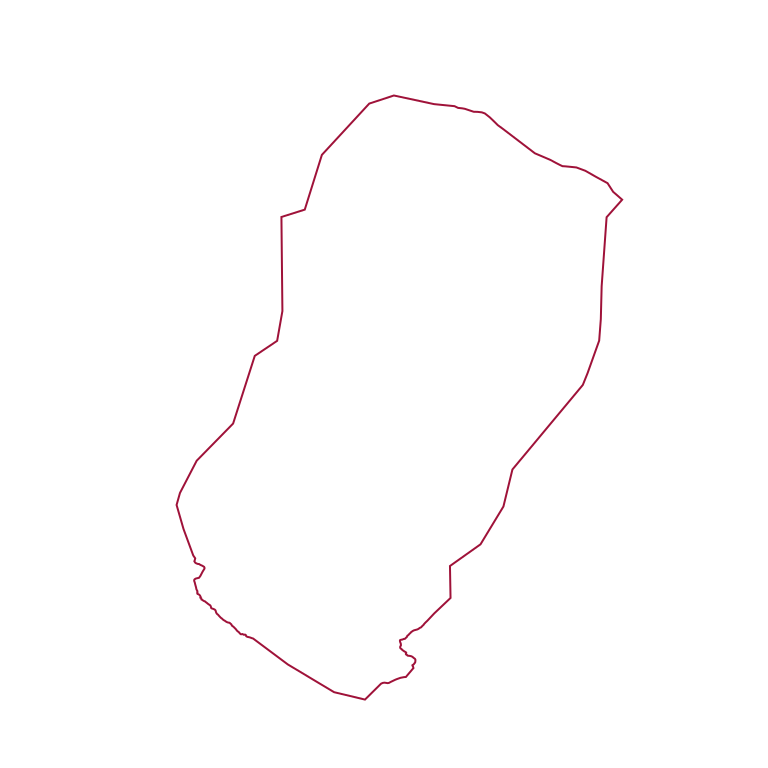 O'ndorxangai, Uvs, Mongolia, rotated 212°
{"feature_id": "93677404B26996117801254", "entity_name": "O'ndorxangai", "entity_type": "district", "adm_level": 2, "iso_a3": "MNG", "parent_name": "Mongolia", "parent_adm1": "Uvs", "projection": "robinson", "projection_center": [94.78, 49.157], "detail": "fine", "context": "isolated", "style": "outline", "palette": "rose", "viewbox_px": 768, "rotation_deg": 212, "n_neighbors": 0, "source": "geoboundaries", "source_scale": "gbopen_adm2", "svg_char_len": 3521}
<svg xmlns="http://www.w3.org/2000/svg" viewBox="0 0 768 768"><g transform="rotate(212 384 384)"><path d="M208.5,158.7L209.7,159.8L210.4,160.1L210.8,160.4L210.9,160.6L210.7,161.0L210.4,161.6L210.2,162.4L210.2,162.7L210.2,163.2L210.1,163.7L210.0,164.2L210.2,164.9L211.1,166.6L211.5,167.0L212.1,167.3L212.8,167.4L213.4,167.4L214.1,167.5L215.2,167.7L216.5,167.6L218.0,167.1L219.9,166.2L220.3,166.2L220.7,166.4L221.6,166.3L222.3,166.5L222.5,166.7L222.6,167.3L222.6,167.7L222.9,168.0L223.7,168.1L225.3,168.0L226.1,168.1L227.0,168.1L227.8,168.2L228.5,168.5L229.6,168.5L230.2,168.7L230.8,169.3L231.0,169.7L231.1,170.4L231.1,171.2L231.4,171.7L231.9,172.4L232.4,172.9L233.0,173.3L233.5,173.7L234.4,174.6L234.6,175.1L234.6,175.4L234.3,175.8L233.6,176.5L232.9,177.1L232.4,177.9L231.9,178.5L231.5,178.7L231.2,179.1L231.0,179.6L231.0,180.2L230.6,181.4L230.6,181.9L230.7,182.5L230.8,182.9L230.4,183.7L230.2,184.6L230.0,185.8L229.6,187.1L229.6,187.7L228.7,189.9L228.0,191.0L225.6,193.6L224.9,194.8L224.5,196.0L223.6,197.3L223.2,199.4L222.8,200.8L222.8,201.8L222.4,203.8L221.8,206.1L219.8,216.2L214.2,237.8L231.6,264.6L217.2,299.2L217.8,343.4L229.8,379.6L226.0,407.3L214.9,488.6L217.1,501.0L224.5,534.8L234.5,553.9L251.2,582.2L283.6,643.4L279.7,666.5L280.2,666.6L291.5,668.4L300.9,672.8L302.0,672.7L314.3,672.0L326.3,671.5L335.6,669.6L340.9,667.0L345.7,664.6L348.1,663.3L350.7,663.0L355.4,662.6L361.6,662.2L370.7,660.8L378.3,659.6L418.8,663.4L424.6,663.8L428.5,664.7L435.6,666.2L439.1,666.6L441.9,666.9L445.0,666.2L448.8,664.4L452.2,662.4L461.3,660.2L463.8,659.2L467.5,657.4L471.4,657.0L489.8,647.9L528.5,633.9L545.1,614.0L558.1,545.4L543.6,489.9L559.5,471.3L508.8,392.0L497.5,364.0L508.5,339.4L491.0,270.5L502.2,219.7L499.3,183.5L495.8,171.5L477.2,154.8L454.9,137.5L451.7,136.1L451.4,135.1L451.1,134.2L450.9,133.2L449.6,132.5L448.6,132.4L447.8,132.5L446.7,132.7L446.0,133.0L445.5,133.3L445.0,133.3L443.7,133.3L442.5,133.5L441.6,133.6L440.7,133.6L439.7,133.6L439.0,133.2L438.4,132.3L438.4,128.9L438.2,126.3L438.1,125.0L438.0,124.1L438.1,123.2L438.1,122.5L438.2,121.6L438.9,120.9L440.4,119.4L441.1,118.1L441.1,117.3L440.7,116.5L439.2,115.3L438.1,114.2L436.7,112.9L435.7,112.0L434.3,110.5L433.3,109.9L432.7,109.6L432.4,109.4L432.2,108.7L431.8,108.4L431.6,108.2L431.6,107.8L431.3,107.4L431.0,107.2L430.6,107.2L429.8,107.4L428.7,107.3L427.8,107.0L426.7,106.3L426.5,106.1L426.6,105.6L426.4,105.4L425.9,105.5L425.3,105.4L425.0,104.9L424.6,104.5L424.0,104.6L423.3,104.6L422.4,104.5L421.4,104.6L420.9,104.7L420.4,104.8L419.7,104.6L418.3,104.5L416.9,104.3L415.1,104.2L414.1,104.2L413.6,104.0L412.8,103.4L412.2,102.8L411.7,102.4L411.2,102.4L410.5,102.6L409.6,102.8L408.1,103.0L407.1,102.8L406.4,102.3L405.7,101.6L404.7,100.9L403.6,100.5L402.4,100.4L400.9,99.9L399.7,99.6L398.6,99.3L397.1,99.2L395.8,98.9L394.8,98.8L393.6,98.9L392.6,98.8L391.2,98.8L390.2,99.0L389.5,99.2L388.7,99.6L388.0,99.6L387.1,99.4L386.2,99.3L385.3,98.8L385.0,98.5L384.5,98.5L383.6,98.4L382.7,98.3L381.5,98.0L380.2,97.7L379.2,97.4L378.3,97.0L377.8,96.9L377.0,96.7L375.9,96.7L375.0,96.4L373.9,96.1L373.1,95.9L372.6,96.0L372.0,96.5L371.4,97.0L370.9,97.0L370.3,97.0L369.9,97.1L369.7,97.2L369.3,97.7L368.8,97.9L368.3,97.9L367.6,97.5L367.2,97.1L366.6,97.1L365.8,97.2L364.7,97.6L363.9,97.9L363.1,98.1L362.2,98.3L361.1,98.5L360.2,98.8L316.9,95.2L289.9,95.7L263.0,96.2L232.9,106.3L227.7,128.3L226.6,129.9L225.3,131.0L222.3,132.3L221.3,133.3L220.5,134.8L217.7,139.2L216.6,140.7L214.3,143.6L211.6,146.1L210.2,147.1L208.5,158.7Z" fill="none" stroke="#9f1239" stroke-width="2"/></g></svg>